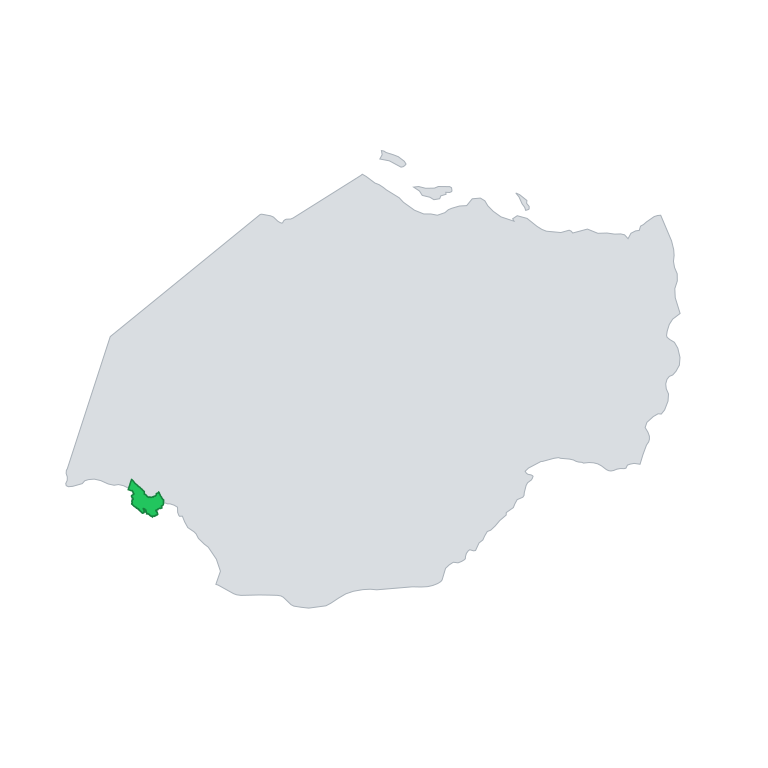 location of Ngara, Kagera, United Republic of Tanzania, rotated 288°
{"feature_id": "72390352B68533256720623", "entity_name": "Ngara", "entity_type": "district", "adm_level": 2, "iso_a3": "TZA", "parent_name": "United Republic of Tanzania", "parent_adm1": "Kagera", "projection": "natural_earth1", "projection_center": [30.671, -2.626], "detail": "fine", "context": "in_parent", "style": "filled", "palette": "green", "viewbox_px": 768, "rotation_deg": 288, "n_neighbors": 0, "source": "geoboundaries", "source_scale": "gbopen_adm2", "svg_char_len": 8540}
<svg xmlns="http://www.w3.org/2000/svg" viewBox="0 0 768 768"><g transform="rotate(288 384 384)"><path d="M297.1,540.7L289.9,536.3L283.3,533.6L278.0,530.7L275.6,527.8L270.6,526.7L266.2,526.2L262.2,523.5L253.9,522.5L253.0,520.7L252.9,516.8L251.4,515.7L248.4,514.7L245.2,514.8L243.2,515.3L242.0,515.0L239.3,512.7L236.8,509.7L235.9,505.0L232.1,501.9L227.7,499.5L215.6,499.8L213.7,499.1L210.8,496.7L207.5,492.7L204.8,488.2L202.4,482.0L199.9,473.7L186.0,440.6L184.6,434.4L181.9,427.4L177.4,418.9L172.7,412.6L166.3,406.9L159.0,401.1L155.1,397.3L147.6,381.7L146.1,374.4L144.9,366.9L145.4,363.8L150.1,354.1L150.6,351.4L150.0,347.7L147.7,339.9L144.8,330.5L138.8,313.4L138.0,309.1L138.1,305.8L141.5,288.4L141.5,286.0L155.4,286.3L165.6,278.7L174.5,267.3L176.2,262.5L179.8,255.2L183.4,251.6L184.7,249.1L186.8,241.8L191.4,236.9L196.0,233.1L195.0,230.4L195.7,229.4L198.2,227.4L203.0,225.7L203.9,221.9L203.9,217.5L203.1,215.1L203.3,212.3L202.5,210.8L199.4,210.4L194.7,208.2L190.8,207.3L188.1,206.1L187.2,205.1L186.7,202.5L188.9,195.9L186.7,193.2L191.6,182.1L192.5,180.8L194.2,180.6L197.1,179.4L199.6,178.9L201.8,179.3L203.3,178.8L204.7,177.6L205.9,173.9L206.8,167.6L206.3,162.5L204.3,158.6L203.7,152.6L204.6,144.5L204.0,137.8L201.7,132.4L199.5,129.3L196.0,127.8L190.5,119.6L188.8,115.6L189.1,113.2L191.0,112.1L194.5,112.5L197.8,111.5L200.8,109.3L203.8,108.6L205.4,109.0L344.5,109.0L507.0,213.9L507.7,215.2L508.9,224.2L508.6,227.3L506.1,232.5L505.4,235.2L505.4,237.1L506.0,237.8L508.1,238.1L509.9,239.3L510.6,240.3L512.0,244.2L513.7,246.2L575.4,297.7L576.8,298.5L575.9,302.8L572.3,313.3L572.1,317.6L570.7,322.8L569.4,326.1L565.8,340.9L562.8,346.4L558.7,359.3L558.0,369.2L560.2,376.1L561.0,382.6L565.8,389.0L569.6,391.3L572.1,394.2L576.6,400.8L579.2,407.5L587.4,410.7L590.6,418.2L589.4,423.3L585.6,427.6L582.0,434.5L579.1,443.6L579.0,457.4L580.9,455.3L585.2,458.7L585.7,468.9L581.2,480.8L579.8,486.4L579.5,491.2L582.7,505.4L587.5,512.6L587.2,514.9L585.9,516.8L594.2,529.6L593.4,540.8L596.5,549.5L597.8,557.0L599.9,562.8L600.2,566.7L597.6,571.2L603.7,572.3L607.3,575.9L609.0,579.3L613.4,579.2L615.8,581.5L619.2,583.5L626.8,589.3L628.8,592.2L630.0,595.0L608.9,613.3L601.3,618.0L595.9,620.2L590.1,621.4L584.6,624.3L579.4,628.8L572.7,631.1L564.6,631.1L556.1,634.3L542.6,643.8L534.9,638.5L528.8,636.9L521.8,637.0L517.5,637.7L515.9,638.8L514.6,642.0L513.4,647.3L508.8,652.4L500.7,657.3L493.2,659.1L486.4,657.8L481.8,655.8L479.4,653.0L475.9,651.7L471.2,651.9L466.7,653.9L462.4,657.7L455.5,659.4L446.1,658.9L441.1,657.0L440.4,653.9L436.3,650.2L428.8,645.9L423.3,645.8L419.7,649.9L416.4,652.5L413.5,653.5L410.8,653.6L407.0,652.5L396.7,652.1L386.8,652.3L385.8,646.4L383.8,642.8L382.1,640.6L378.7,640.1L377.7,638.5L376.6,634.8L374.9,631.7L372.7,629.1L371.4,626.7L371.0,624.5L371.3,622.0L373.4,616.0L374.1,611.9L373.8,607.6L372.7,603.3L370.4,598.1L370.7,596.6L369.9,593.1L369.8,590.6L370.3,587.6L369.9,583.5L367.9,574.9L367.9,572.7L365.8,568.5L359.3,558.6L358.9,557.3L348.7,547.4L344.6,545.2L343.1,547.1L342.6,548.8L343.0,552.0L342.7,553.6L342.3,554.3L339.9,554.2L338.3,553.8L334.5,551.1L331.4,550.5L323.9,551.0L321.3,551.6L319.2,551.0L315.2,546.4L310.6,545.5L306.4,545.2L299.5,540.0L297.1,540.7ZM588.6,374.6L592.0,385.5L591.5,387.6L589.1,388.8L587.9,388.9L586.4,387.2L585.4,383.5L583.6,384.4L580.5,379.9L577.4,379.7L574.7,374.5L575.8,369.9L575.2,362.1L578.5,358.1L580.4,351.3L582.5,355.9L583.0,363.1L585.9,371.5L588.6,374.6ZM605.2,309.4L605.5,312.0L604.8,314.5L604.9,322.2L604.6,327.4L602.1,334.5L600.0,337.0L598.2,336.3L596.6,335.1L595.5,333.2L597.9,320.1L596.7,310.5L601.5,311.4L605.2,309.4ZM597.7,467.2L595.3,467.9L594.4,467.2L592.9,465.1L595.5,463.2L598.0,459.7L603.7,454.5L606.4,450.3L606.0,454.4L602.7,463.2L599.9,463.8L597.7,467.2Z" fill="#d9dde1" stroke="#a8b0b8" stroke-width="1"/><path d="M215.2,173.4L213.6,173.4L212.7,173.3L211.2,173.4L210.6,173.3L210.1,173.4L209.4,173.4L208.7,173.5L208.0,173.3L207.4,173.4L207.1,173.3L206.5,173.4L206.0,173.4L205.5,173.4L204.5,173.4L204.5,175.5L204.4,176.2L204.5,176.7L204.6,177.1L204.6,177.4L204.7,177.5L204.4,177.7L204.4,177.8L204.3,178.1L204.0,178.6L203.9,178.7L203.5,178.8L203.2,178.9L203.1,179.2L202.9,179.4L202.7,179.5L202.5,180.0L202.2,180.1L201.9,180.1L201.7,179.7L201.4,179.7L201.0,179.5L200.7,179.3L200.3,178.7L199.9,178.6L199.8,178.4L199.7,178.4L199.4,178.5L199.2,178.6L198.9,178.7L198.6,179.0L198.5,179.5L198.2,180.1L197.8,180.3L197.6,180.6L197.4,180.7L197.2,181.0L196.8,181.1L196.5,180.9L196.4,180.7L195.9,180.6L195.6,180.4L195.4,180.4L195.2,180.5L194.9,180.4L194.7,180.4L194.5,180.5L194.2,180.6L193.7,181.2L193.1,181.4L192.8,181.2L192.6,181.1L192.2,181.0L191.9,181.1L191.6,182.1L191.1,182.8L191.0,183.3L190.6,183.8L190.5,184.1L190.4,184.4L190.3,185.0L190.1,185.6L190.1,185.9L190.2,186.1L189.9,186.5L189.9,186.9L189.4,187.0L189.4,188.1L189.4,188.8L189.2,188.8L189.1,189.0L189.0,189.5L188.7,189.7L188.6,189.8L188.6,190.2L188.5,190.4L188.2,190.7L188.0,191.2L187.7,191.8L187.2,192.9L186.7,193.6L186.5,194.1L186.5,194.3L186.7,194.5L186.8,194.8L187.0,195.1L187.2,194.9L187.5,195.0L187.9,195.5L188.0,195.6L188.3,195.6L188.7,195.3L188.9,195.1L189.5,194.8L189.7,194.7L189.8,194.6L190.0,194.4L190.3,194.3L190.6,193.8L190.8,193.8L191.1,193.8L191.2,193.7L191.3,193.9L191.2,194.1L191.3,194.3L191.2,194.8L191.2,195.1L191.0,195.4L190.9,195.5L190.7,195.6L190.4,195.7L190.4,196.0L190.3,195.9L190.2,195.9L190.2,196.2L190.0,196.4L189.9,196.5L189.7,196.8L189.6,197.0L189.3,197.2L189.1,196.9L188.9,196.9L188.8,197.0L188.7,197.0L188.5,197.3L188.4,197.4L188.5,197.8L188.4,197.9L187.9,198.3L187.6,198.4L187.4,198.4L187.5,198.7L187.4,198.8L187.2,198.9L187.3,199.1L187.5,199.2L187.7,199.6L187.6,199.8L187.5,200.0L187.6,200.3L187.5,200.6L187.4,200.7L187.5,200.9L187.4,201.0L187.3,201.3L187.3,201.2L187.2,201.2L187.1,201.3L187.1,201.5L187.0,201.8L186.9,201.7L186.8,201.8L186.6,202.2L186.8,202.2L186.8,202.3L186.7,202.6L186.7,202.8L186.6,203.0L186.5,203.3L186.4,203.4L186.3,203.8L186.2,203.9L186.2,204.0L186.3,204.1L186.3,204.3L186.2,204.6L186.1,204.8L186.4,204.8L186.4,205.0L186.5,205.0L186.7,204.8L186.8,204.7L187.0,205.0L187.1,205.3L187.2,205.6L187.2,206.1L187.3,206.3L187.3,206.5L187.5,206.5L187.7,206.8L187.8,207.0L188.0,206.9L188.4,207.1L188.4,207.3L188.2,207.4L188.2,207.5L188.3,207.5L188.5,207.4L188.6,207.5L188.8,207.7L188.9,208.0L189.1,208.1L189.2,208.5L189.3,208.7L189.5,208.8L190.2,209.1L190.3,209.1L190.8,208.6L191.1,208.5L191.4,208.0L191.5,207.9L191.8,208.0L192.4,207.0L192.4,206.9L193.0,206.4L193.0,206.1L193.4,206.0L193.5,206.1L193.6,206.3L193.7,206.5L193.9,206.6L194.0,206.9L194.2,207.0L194.3,207.1L194.5,207.4L194.8,207.4L195.0,207.6L195.4,207.7L195.6,208.0L195.8,208.2L196.3,208.8L196.6,209.0L196.5,209.7L196.6,210.1L197.1,210.4L197.2,210.7L197.3,210.9L197.5,211.1L198.0,210.8L198.1,210.7L198.3,210.5L198.4,210.4L198.5,210.3L199.2,210.0L199.5,210.4L199.6,210.7L199.9,210.8L200.1,211.0L200.4,211.1L200.7,211.2L200.9,211.4L201.1,211.4L201.9,211.2L202.2,211.3L202.7,211.0L203.1,210.9L203.4,210.7L203.6,210.7L203.9,210.8L204.1,210.5L204.5,210.5L204.8,210.3L205.1,210.3L205.3,210.4L205.5,210.4L205.7,210.2L205.7,209.8L205.8,209.7L206.0,209.3L206.2,209.1L206.2,208.9L206.4,208.7L206.6,208.5L206.7,208.4L206.8,208.0L206.9,207.9L207.2,207.7L207.6,207.5L207.7,207.3L208.1,206.7L208.3,206.4L208.5,206.1L208.6,205.9L208.8,205.7L209.2,205.5L209.4,205.4L209.6,205.1L209.8,204.9L210.0,204.8L210.1,204.6L210.5,204.0L210.9,204.0L211.0,203.8L211.2,203.7L211.5,203.4L211.6,203.1L211.4,203.1L211.2,203.0L210.6,202.8L210.4,202.6L210.3,202.4L210.2,202.1L209.4,201.4L209.0,201.3L208.9,201.4L208.7,201.6L208.1,201.7L207.6,201.6L207.3,201.4L206.9,201.3L206.7,201.2L206.6,200.8L206.5,200.5L206.3,200.1L206.2,200.0L205.3,199.6L205.1,199.4L205.2,199.1L205.3,199.0L204.7,198.3L204.4,198.0L204.3,197.9L204.3,197.4L204.1,197.2L204.0,196.8L204.0,196.3L204.2,196.2L204.0,195.7L203.5,195.4L203.4,195.0L203.5,194.9L203.7,194.6L203.8,194.0L203.8,193.9L203.7,193.8L203.7,193.7L203.9,193.3L204.1,193.0L204.3,193.0L204.7,192.4L204.9,192.1L205.0,191.4L205.1,191.1L205.2,190.8L205.2,190.4L205.3,190.0L205.8,190.1L206.2,189.8L206.4,189.6L206.7,189.5L207.3,189.4L207.6,189.3L207.7,189.2L207.9,188.8L208.0,188.2L208.4,187.7L208.4,187.4L208.6,187.0L208.7,186.9L208.8,186.8L208.8,186.6L209.2,186.3L209.3,186.0L209.3,185.8L209.5,185.0L209.8,184.7L210.1,184.1L210.4,183.7L210.4,183.2L210.4,182.9L210.6,182.7L210.7,182.3L210.8,181.7L211.1,181.1L211.1,181.5L211.2,181.4L211.4,180.9L211.8,180.1L211.9,179.6L212.4,178.5L212.5,178.0L213.3,176.9L213.6,176.4L214.1,175.8L214.9,174.2L215.2,173.7L215.2,173.4Z" fill="#22c55e" stroke="#15803d" stroke-width="1.5"/></g></svg>